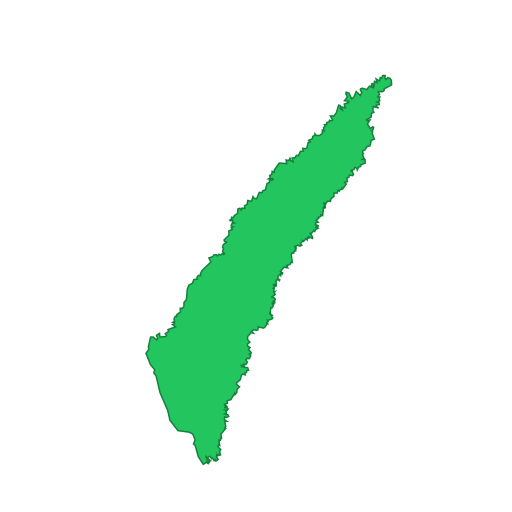 outline of Trinidad, Casanare, Colombia, rotated 110°
{"feature_id": "7082276B41149975588614", "entity_name": "Trinidad", "entity_type": "district", "adm_level": 2, "iso_a3": "COL", "parent_name": "Colombia", "parent_adm1": "Casanare", "projection": "mercator", "projection_center": [-71.293, 5.357], "detail": "fine", "context": "isolated", "style": "filled", "palette": "green", "viewbox_px": 512, "rotation_deg": 110, "n_neighbors": 0, "source": "geoboundaries", "source_scale": "gbopen_adm2", "svg_char_len": 6082}
<svg xmlns="http://www.w3.org/2000/svg" viewBox="0 0 512 512"><g transform="rotate(110 256 256)"><path d="M123.0,190.1L122.2,191.4L120.2,191.4L119.2,190.0L115.0,189.0L113.6,186.6L107.9,187.2L105.7,184.7L101.2,188.6L99.5,188.8L98.9,190.4L97.4,189.2L94.8,189.5L94.6,190.5L97.2,192.3L93.8,196.4L89.2,195.4L90.9,197.9L90.2,198.8L86.0,195.3L82.6,196.3L80.6,194.4L79.2,196.1L75.4,196.9L75.0,191.3L74.2,194.6L73.0,194.5L71.5,191.9L69.8,193.0L70.1,194.9L67.7,192.8L66.4,194.1L64.2,194.0L64.8,196.1L61.9,195.2L59.7,197.4L58.3,193.3L56.7,192.2L55.2,192.8L48.8,187.1L44.6,188.9L43.2,190.7L43.3,193.3L45.8,194.3L44.4,195.9L42.2,196.3L43.1,198.7L45.9,198.8L45.8,200.3L49.3,199.8L48.5,203.7L51.6,201.5L51.3,204.4L54.6,203.6L54.1,205.7L54.9,206.2L56.4,205.7L56.3,203.2L57.9,203.5L57.5,207.4L61.8,209.0L61.9,213.4L63.0,214.8L64.2,214.9L66.0,212.6L69.5,212.8L67.2,218.1L72.9,218.3L75.7,219.7L71.2,224.3L71.2,227.3L73.0,227.0L75.3,224.5L79.8,226.0L78.9,221.9L79.8,221.3L83.1,225.1L86.1,222.7L86.7,226.8L89.3,224.7L89.0,226.7L85.8,228.4L86.0,229.9L94.2,229.5L97.9,230.8L98.9,234.0L102.1,230.5L103.2,231.2L103.3,233.4L105.1,233.3L106.3,235.1L108.3,234.6L109.1,236.6L110.1,235.4L112.3,236.4L115.2,234.8L115.0,236.7L118.1,235.6L121.0,237.5L122.1,240.6L121.0,242.4L122.4,242.1L124.3,243.6L126.6,243.2L129.3,246.1L130.2,244.1L131.6,245.8L136.8,245.2L138.2,246.2L138.8,248.9L141.3,247.4L142.4,250.0L147.2,250.5L147.6,252.5L150.2,252.9L151.6,255.6L154.7,253.4L154.5,256.0L152.6,257.5L155.1,257.8L155.5,260.6L158.7,258.8L160.7,266.0L169.1,268.2L171.1,267.4L170.9,269.8L173.7,269.1L175.7,270.7L177.6,269.4L179.0,270.5L177.6,266.9L178.3,266.1L179.4,266.8L179.5,269.5L182.4,268.6L184.0,270.4L190.7,269.8L192.5,272.1L194.5,271.9L195.1,274.7L202.0,275.0L202.5,277.1L201.2,279.2L206.1,278.9L206.7,282.8L210.4,282.0L212.9,283.9L215.1,282.8L215.8,285.6L217.8,285.5L216.7,287.5L217.9,289.1L222.2,287.9L225.4,290.2L227.5,290.3L227.9,292.2L229.8,291.7L231.3,292.8L231.6,291.7L230.1,290.3L232.1,289.6L232.4,287.6L233.6,289.7L236.2,289.7L236.5,287.4L238.0,288.9L239.1,287.4L241.7,290.1L245.8,288.5L251.7,291.5L252.9,290.9L253.1,288.5L256.4,290.6L259.1,290.5L260.4,289.0L262.8,289.1L264.8,286.3L265.7,287.2L265.1,288.5L267.2,289.4L267.0,291.5L269.1,292.2L268.4,293.6L269.5,296.1L271.4,296.4L273.9,299.6L277.2,296.4L288.0,301.7L291.7,302.2L293.3,301.3L293.9,303.5L296.2,304.2L297.6,303.1L299.5,306.4L303.3,306.4L306.4,309.1L310.8,309.2L320.9,306.5L324.1,307.8L328.1,306.5L330.3,307.2L331.0,309.3L334.4,307.9L338.0,310.3L339.9,309.8L340.2,311.2L343.1,311.6L345.2,310.2L346.8,311.6L346.7,309.6L347.9,309.4L348.9,311.0L350.1,307.4L355.3,313.6L356.7,312.3L360.1,314.7L361.2,313.0L362.5,313.1L365.0,318.6L361.7,320.2L364.5,322.4L367.1,320.3L368.8,320.7L367.3,325.0L368.2,327.3L378.0,326.1L380.4,324.8L385.1,326.1L394.2,318.0L397.5,312.3L400.9,312.0L402.8,308.9L417.3,299.4L431.1,286.3L439.8,280.7L446.8,269.6L444.4,258.5L444.9,254.6L449.5,250.3L454.0,250.5L454.9,248.3L464.4,241.5L469.8,234.3L466.8,231.9L467.5,229.9L465.7,229.3L465.6,231.1L463.9,228.7L463.3,230.6L464.5,233.0L462.8,231.6L462.4,234.1L461.5,234.3L462.3,233.0L460.0,230.9L461.7,228.2L460.7,227.7L462.7,225.3L461.2,224.5L462.4,223.5L460.2,221.9L458.2,224.5L456.7,224.8L457.5,224.1L455.5,223.9L456.2,222.8L455.1,221.3L452.1,223.4L449.9,222.9L448.2,226.6L446.2,226.6L446.5,225.3L441.7,227.9L441.3,226.5L439.4,226.9L439.3,226.0L435.3,228.0L428.4,225.5L428.3,226.6L426.5,226.1L422.2,228.8L421.3,226.8L420.5,229.8L417.9,230.4L417.9,228.6L416.1,226.8L414.9,227.9L415.1,231.4L413.9,230.1L411.9,230.8L411.5,232.3L411.0,230.3L409.3,229.8L409.5,230.8L407.9,231.5L409.5,233.7L407.1,232.2L406.9,233.2L407.9,233.3L406.3,235.0L404.2,232.5L401.8,233.5L399.6,230.5L392.4,229.1L393.4,228.3L391.0,227.4L387.7,228.2L384.6,226.7L383.3,230.4L381.9,230.9L377.6,228.4L373.2,228.9L371.5,228.1L371.4,225.4L369.7,226.4L368.7,225.1L366.9,225.5L365.9,223.9L363.8,225.6L364.5,229.0L363.5,229.4L365.0,231.4L364.2,232.1L364.4,231.0L361.9,230.8L361.6,228.5L358.8,227.7L356.5,230.6L357.0,229.5L355.1,229.5L354.9,227.2L351.7,226.8L350.4,228.8L349.7,227.3L348.3,227.5L346.5,231.1L344.0,230.3L343.5,233.1L341.6,233.9L339.1,232.3L337.3,235.4L334.6,236.3L329.6,234.4L329.4,232.2L328.3,234.3L325.9,232.8L325.9,230.3L324.6,228.9L321.8,229.8L321.3,224.6L320.2,223.4L315.8,222.3L314.6,223.3L315.2,222.0L313.0,223.1L313.7,221.9L312.4,222.8L309.8,219.5L308.3,219.1L307.3,220.8L306.1,220.4L305.8,223.2L304.8,222.8L304.5,224.2L304.3,223.2L299.5,224.4L299.4,223.3L297.1,222.7L295.1,224.3L295.0,223.0L293.9,223.7L293.7,222.4L292.2,222.9L292.7,224.2L290.2,223.0L289.2,224.2L289.1,227.1L285.6,224.8L284.5,226.3L283.1,226.0L283.9,226.7L283.2,227.3L280.6,227.7L280.6,228.7L277.5,227.5L278.1,228.6L277.4,229.4L277.5,228.5L276.3,228.6L276.9,226.9L271.9,228.8L270.8,227.6L271.2,225.6L270.3,225.5L269.9,227.9L267.4,228.3L265.3,227.3L266.0,226.1L263.7,226.7L264.1,225.3L262.8,225.1L262.2,227.8L256.9,225.8L256.3,222.2L255.4,223.6L255.1,222.9L254.0,223.6L252.4,221.2L249.6,220.7L249.6,219.7L243.0,223.2L240.7,223.2L240.5,221.6L238.3,221.7L237.6,220.4L234.2,222.4L234.7,221.1L233.0,221.9L231.4,220.5L231.9,218.6L230.4,216.6L229.2,218.3L227.6,218.0L226.1,217.3L226.2,215.9L225.5,217.2L225.3,215.9L222.7,215.2L223.4,213.4L221.7,213.9L221.0,212.4L220.3,212.2L220.9,213.5L220.0,213.4L220.2,208.9L218.7,209.3L215.9,213.6L216.2,211.7L212.2,210.5L212.8,209.2L210.3,209.0L209.1,207.4L208.8,209.8L207.4,209.4L208.0,207.7L206.2,208.0L206.1,211.0L204.4,211.3L203.0,209.1L201.8,211.8L199.1,210.0L198.4,210.7L196.6,208.6L195.1,209.2L195.2,207.2L188.1,208.9L186.9,207.3L185.6,208.0L186.6,209.1L184.0,208.4L184.3,209.5L183.0,210.3L182.6,208.4L179.7,207.2L179.3,204.8L176.5,205.1L173.4,203.1L170.2,204.3L169.1,201.2L166.3,201.5L166.6,200.0L165.6,200.2L164.1,198.2L162.7,198.5L163.1,197.4L157.5,195.8L156.5,197.9L154.8,195.6L151.6,197.3L150.2,195.7L148.2,195.9L147.4,192.7L146.1,192.2L143.4,194.6L143.7,195.7L142.7,195.7L141.4,193.5L138.8,193.4L139.0,191.3L140.5,190.3L137.4,190.0L136.1,188.3L134.8,188.9L131.4,185.2L128.0,186.5L128.9,189.1L127.2,188.0L124.4,190.5L123.0,190.1Z" fill="#22c55e" stroke="#15803d" stroke-width="1.5"/></g></svg>